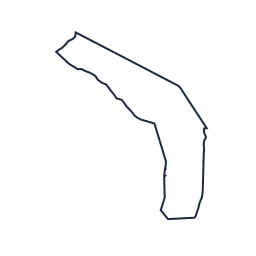 the district of San Miguel Tecomatlán, Oaxaca, Mexico, rotated 110°
{"feature_id": "50627088B83273926369919", "entity_name": "San Miguel Tecomatlán", "entity_type": "district", "adm_level": 2, "iso_a3": "MEX", "parent_name": "Mexico", "parent_adm1": "Oaxaca", "projection": "equal_earth", "projection_center": [-97.281, 17.371], "detail": "fine", "context": "isolated", "style": "outline", "palette": "slate", "viewbox_px": 256, "rotation_deg": 110, "n_neighbors": 0, "source": "geoboundaries", "source_scale": "gbopen_adm2", "svg_char_len": 1262}
<svg xmlns="http://www.w3.org/2000/svg" viewBox="0 0 256 256"><g transform="rotate(110 128 128)"><path d="M71.2,94.6L61.6,167.6L56.1,209.8L60.2,208.9L63.2,210.3L65.3,212.5L67.6,214.2L70.3,215.0L73.1,216.3L75.4,217.5L77.8,219.4L81.0,221.5L87.9,205.3L89.9,195.3L88.5,191.7L89.1,187.4L89.1,182.6L89.6,179.4L90.3,176.4L93.1,172.8L94.4,167.8L94.7,163.2L96.6,160.1L98.7,157.1L101.3,152.6L104.0,149.0L103.7,143.5L105.7,140.3L108.2,136.8L110.0,133.0L112.4,128.6L114.0,126.3L115.1,122.7L115.7,119.1L114.7,104.7L146.8,80.6L151.6,79.6L153.1,78.9L153.1,79.0L153.2,79.3L160.2,77.8L160.5,77.7L160.4,77.0L160.5,77.0L160.4,76.8L161.7,77.2L180.9,69.7L194.1,69.1L199.9,59.2L190.0,35.9L189.5,34.9L188.1,34.3L185.0,34.4L181.2,34.5L180.3,34.5L179.3,34.5L178.4,34.6L176.6,34.8L174.8,35.0L174.5,35.1L173.3,35.1L171.8,35.1L170.8,35.1L168.3,34.8L166.7,35.0L165.0,35.5L164.8,35.5L161.6,36.3L159.7,36.9L159.4,37.0L158.8,37.2L157.6,37.6L156.4,38.0L155.1,38.4L153.9,38.8L152.2,39.3L151.9,39.5L150.1,40.1L149.2,40.4L148.3,40.7L147.4,41.0L146.5,41.3L145.6,41.6L140.6,43.2L138.7,43.9L125.4,48.3L124.8,48.5L124.1,48.6L123.1,48.8L117.7,51.1L114.8,52.1L109.9,51.6L106.0,55.2L104.1,55.9L102.4,56.3L101.2,54.0L81.4,80.6L72.9,91.8L71.2,94.6Z" fill="none" stroke="#1e293b" stroke-width="2"/></g></svg>